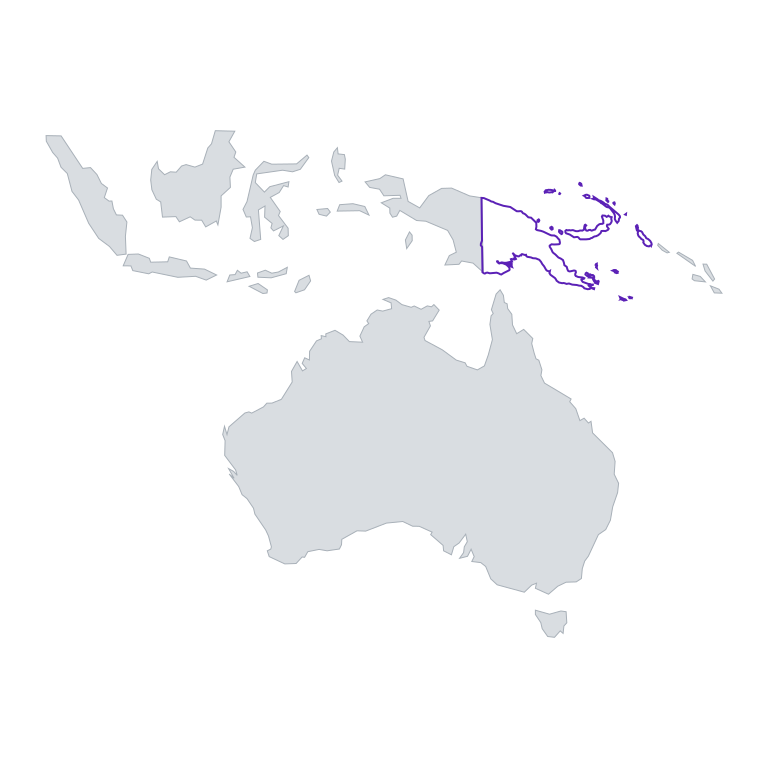 map of Papua New Guinea with Indonesia, Solomon Islands and Australia greyed out
{"feature_id": "PNG", "entity_name": "Papua New Guinea", "entity_type": "country or territory", "adm_level": 0, "iso_a3": "PNG", "parent_name": "Oceania", "parent_adm1": "", "projection": "orthographic", "projection_center": [148.76, -6.492], "detail": "fine", "context": "with_neighbors", "style": "outline", "palette": "violet", "viewbox_px": 768, "rotation_deg": 0, "n_neighbors": 3, "source": "natural_earth", "source_scale": "50m", "svg_char_len": 11537}
<svg xmlns="http://www.w3.org/2000/svg" viewBox="0 0 768 768"><path d="M481.8,197.8L483.2,272.3L473.0,263.1L461.6,261.0L459.0,264.3L444.9,265.0L449.3,255.6L456.3,252.2L453.1,239.9L447.6,230.4L425.8,221.2L416.6,220.5L399.8,210.4L396.7,216.1L392.5,217.2L389.9,213.1L389.8,208.1L381.3,202.8L393.1,198.3L401.0,198.3L400.0,195.3L383.9,195.8L379.5,189.2L369.7,187.4L365.1,181.9L379.8,178.6L385.4,174.8L403.1,178.9L408.1,201.4L419.7,207.9L428.8,195.6L441.6,188.4L451.6,188.1L469.6,195.9L481.8,197.8ZM309.0,275.3L310.6,280.9L304.5,289.8L295.9,292.8L294.6,291.5L299.1,280.3L309.0,275.3ZM406.7,248.6L405.4,240.0L409.5,231.9L412.1,235.2L412.2,240.7L406.7,248.6ZM234.8,131.2L228.9,141.8L235.8,152.0L234.0,157.3L244.9,167.1L233.2,169.2L229.9,177.1L230.4,187.4L221.1,195.9L221.1,207.2L217.9,224.9L216.3,221.0L205.7,226.9L201.7,220.2L195.0,220.1L190.2,216.8L179.4,221.8L175.9,216.6L162.5,217.1L160.7,201.9L156.3,199.2L151.9,189.8L150.7,180.0L151.8,169.4L157.2,161.4L158.5,168.8L164.6,174.7L170.4,171.8L176.2,172.2L181.6,166.0L186.1,164.6L194.9,167.1L202.6,164.1L207.8,148.0L211.5,143.8L215.3,130.7L234.8,131.2ZM352.9,203.7L364.8,206.5L369.0,215.1L359.7,210.7L337.2,211.1L339.7,204.7L352.9,203.7ZM326.5,216.1L319.1,214.3L316.9,209.5L327.6,208.5L330.3,212.1L326.5,216.1ZM337.4,147.7L338.1,153.9L344.4,154.6L345.3,159.2L344.7,169.1L339.2,168.3L337.6,175.2L342.0,181.1L339.0,182.5L334.7,175.5L331.5,161.1L333.8,152.0L337.4,147.7ZM271.8,164.2L296.6,163.9L307.0,155.1L308.8,157.6L300.3,169.3L292.5,171.8L282.6,170.2L256.7,173.9L255.3,182.6L264.4,192.1L269.8,186.7L288.9,181.7L288.1,187.0L283.6,185.6L279.2,192.5L270.3,197.4L280.2,211.5L278.5,215.5L288.1,228.2L288.3,235.7L283.0,239.4L278.8,235.6L283.4,225.9L273.5,230.9L270.9,227.9L272.1,223.4L264.6,217.2L265.0,206.0L258.4,209.9L260.7,239.4L254.4,241.5L250.0,238.4L252.4,227.7L250.5,216.8L246.3,217.0L243.0,209.4L247.0,201.6L253.2,175.0L255.3,170.2L263.9,161.3L271.8,164.2ZM262.9,293.5L249.1,286.3L258.1,283.5L267.4,289.9L267.0,293.0L262.9,293.5ZM271.8,273.2L278.4,272.0L287.3,267.3L286.2,273.7L271.2,277.8L257.9,277.2L257.5,273.0L265.3,270.2L271.8,273.2ZM241.1,273.2L247.1,271.8L249.9,276.5L227.1,281.8L229.8,275.0L235.1,274.6L237.4,270.3L241.1,273.2ZM149.3,258.3L150.7,262.2L167.7,261.8L169.3,256.9L186.5,261.0L190.4,268.1L204.5,269.1L216.6,275.0L206.2,280.1L195.6,276.3L177.8,277.3L152.2,272.0L148.7,273.8L132.8,270.6L130.9,265.9L123.2,265.8L128.1,254.4L138.4,254.0L149.3,258.3ZM111.9,201.0L113.4,208.8L116.4,214.9L122.5,215.2L126.9,222.0L125.4,236.4L126.1,254.1L117.0,255.3L109.5,246.5L98.7,238.4L88.7,223.3L78.6,200.0L72.0,191.4L67.3,173.5L61.0,167.2L57.6,158.1L52.7,152.5L46.3,141.2L46.1,135.6L61.1,135.9L82.7,168.4L90.5,167.6L96.9,174.5L101.4,183.5L107.5,188.0L104.3,197.6L109.0,201.1L111.9,201.0Z" fill="#d9dde1" stroke="#a8b0b8" stroke-width="1"/><path d="M719.0,289.2L721.9,293.2L714.3,292.9L710.4,285.8L719.0,289.2ZM714.6,279.0L712.9,281.1L705.1,271.0L703.0,264.1L706.7,264.2L714.6,279.0ZM705.4,281.9L694.4,280.7L692.1,278.9L692.9,274.4L700.2,276.4L705.4,281.9ZM692.6,260.4L695.6,266.4L676.9,253.3L678.5,252.1L692.6,260.4ZM658.3,243.5L669.3,252.3L667.1,252.9L662.2,250.2L657.7,245.4L658.3,243.5Z" fill="#d9dde1" stroke="#a8b0b8" stroke-width="1"/><path d="M560.9,611.0L566.1,611.7L566.8,622.8L563.9,626.0L563.1,633.4L560.2,630.9L554.5,637.3L547.7,636.5L542.2,628.7L540.8,622.6L535.4,614.5L535.4,610.2L549.5,614.2L560.9,611.0ZM357.0,530.8L341.8,539.3L341.5,544.7L339.4,549.0L327.1,550.8L319.1,549.4L307.8,551.7L304.6,557.3L302.1,557.0L296.1,563.5L284.8,563.9L269.2,556.6L267.3,550.8L270.8,549.1L271.4,546.8L268.5,536.0L265.7,530.0L254.9,514.1L253.5,508.2L247.0,498.6L242.1,494.7L238.7,486.5L229.2,474.0L234.1,478.3L228.6,468.6L233.6,471.4L237.2,475.4L235.6,469.9L224.7,455.4L225.1,440.7L222.7,434.5L224.5,426.3L227.0,434.6L229.0,426.8L244.9,413.0L248.9,411.9L251.7,413.1L263.5,406.9L266.8,403.2L272.0,403.1L281.4,399.3L292.2,382.0L291.5,371.4L297.1,361.5L302.5,370.9L306.4,368.5L302.2,363.4L304.7,357.8L309.4,360.0L309.6,351.3L316.5,340.9L321.4,338.8L321.2,335.6L325.9,336.7L325.8,333.9L335.0,330.3L343.1,335.1L349.4,341.6L362.6,342.2L359.9,336.1L364.2,326.8L368.7,323.6L366.9,320.9L371.0,314.2L377.2,310.0L382.7,311.1L391.6,308.7L391.1,302.9L383.0,299.4L388.6,297.6L395.9,300.1L401.9,304.6L411.2,307.3L414.2,306.0L421.1,309.3L427.3,305.9L431.5,306.8L433.9,304.6L439.2,310.1L432.6,320.9L428.9,321.4L430.4,325.9L424.0,337.3L425.0,340.5L442.4,349.9L456.3,360.1L465.1,362.8L467.0,366.3L477.4,369.9L484.4,365.9L488.3,354.9L492.4,339.6L489.9,324.4L491.1,315.8L493.2,313.5L491.4,309.7L496.1,294.1L500.1,289.8L503.4,295.3L504.3,302.5L507.1,303.8L507.7,308.6L511.8,314.3L512.5,324.9L516.7,333.7L523.7,329.4L532.8,338.5L531.7,343.5L534.2,353.2L536.0,358.8L538.8,360.2L541.9,369.8L540.9,375.6L544.5,383.1L571.1,399.0L569.7,401.7L575.8,408.7L579.9,420.6L584.1,418.2L588.4,423.0L591.0,421.3L592.6,432.9L612.5,452.7L615.1,461.4L614.2,474.2L618.6,483.3L617.6,492.6L612.7,506.8L610.4,520.2L605.7,529.6L598.4,534.6L588.4,556.1L584.7,561.1L582.3,568.6L581.4,578.5L576.2,581.9L566.1,582.2L557.8,586.2L548.5,594.2L535.4,588.3L536.5,583.2L531.7,585.1L524.3,592.2L497.2,584.8L490.8,578.9L485.7,566.5L480.8,562.6L471.8,561.5L474.2,556.6L471.1,549.2L467.5,556.3L459.6,558.3L463.6,552.6L464.3,546.8L467.3,541.7L465.7,534.2L459.1,543.0L453.8,546.7L451.4,554.8L443.6,550.8L443.1,545.4L430.7,534.6L432.1,532.1L419.2,526.3L412.6,526.2L402.8,521.5L386.4,523.1L365.7,531.1L357.0,530.8Z" fill="#d9dde1" stroke="#a8b0b8" stroke-width="1"/><path d="M482.5,272.3L482.1,247.0L480.8,245.2L480.9,243.7L482.0,240.6L481.5,197.9L483.9,198.1L489.6,200.5L491.3,201.5L493.0,201.8L495.5,203.2L503.4,205.8L510.3,207.0L516.7,211.2L518.7,211.3L520.2,211.1L521.3,211.3L521.9,211.7L522.2,212.3L523.1,213.3L524.3,213.7L525.5,214.5L528.3,217.3L531.1,217.7L536.1,222.6L536.3,223.4L536.4,226.7L535.9,229.3L537.1,230.1L541.1,230.9L543.4,231.7L550.5,235.1L551.5,235.4L554.4,235.5L556.6,236.7L558.5,239.0L559.3,239.6L559.9,242.3L559.8,243.6L559.4,244.1L558.2,244.3L554.2,244.5L551.5,244.3L549.7,245.6L549.7,246.7L551.4,249.4L552.4,251.8L553.2,252.8L555.4,254.5L558.4,257.5L560.8,258.6L563.0,260.1L563.9,262.7L564.4,265.2L566.7,266.8L567.5,269.6L568.2,270.9L569.3,271.4L570.5,271.3L574.0,270.5L575.1,270.7L575.7,271.1L575.9,272.4L575.3,273.7L575.2,275.0L575.8,276.0L578.2,277.0L582.6,277.5L584.3,278.2L584.0,278.7L581.4,279.5L581.5,280.2L582.7,281.9L588.2,283.9L590.2,284.1L591.6,284.7L593.7,284.5L591.3,285.6L589.1,285.3L588.7,285.6L589.6,286.6L591.4,287.7L591.1,288.1L589.5,289.0L587.7,289.2L584.3,288.3L583.5,287.2L581.3,285.8L579.0,285.6L576.8,285.0L572.2,284.6L569.0,283.5L566.5,283.9L564.6,283.2L563.3,283.0L562.2,283.2L559.0,282.5L556.6,280.7L555.9,279.3L554.9,278.0L550.5,274.8L549.5,273.2L549.9,271.0L549.3,271.4L548.7,271.3L546.9,270.6L546.1,269.8L544.1,266.3L542.3,264.1L541.0,261.8L539.3,259.8L535.8,258.4L532.9,258.2L530.9,257.4L527.3,256.8L526.3,256.0L526.0,254.8L525.0,255.0L522.0,254.1L521.4,254.5L521.2,255.4L520.3,255.3L518.8,256.4L517.9,256.3L515.1,255.4L513.1,253.4L512.4,253.0L513.4,254.0L515.7,258.5L514.5,258.5L515.1,259.3L514.4,259.5L511.3,259.0L510.9,259.2L512.0,261.5L506.2,262.8L504.0,262.8L501.8,262.4L499.7,263.0L498.9,262.9L497.7,261.2L496.2,261.6L497.5,261.6L498.2,262.9L499.2,263.5L500.3,263.1L502.8,263.2L506.4,264.7L508.6,266.8L509.4,267.9L509.6,269.6L509.3,270.2L503.7,273.0L501.3,274.5L500.1,274.2L498.5,273.3L496.6,272.7L489.8,273.3L487.4,272.6L486.1,272.8L485.3,273.4L484.3,273.5L482.5,272.3ZM605.0,215.7L606.7,216.9L608.4,215.7L609.3,216.5L611.7,217.2L611.2,218.9L611.7,220.5L611.6,221.6L611.1,222.7L610.0,224.2L609.0,224.6L607.2,224.7L606.9,225.5L607.0,226.4L608.7,228.8L607.9,229.9L605.5,231.1L603.6,230.9L601.5,231.0L600.5,233.2L598.2,235.2L596.1,236.2L594.7,236.4L593.5,236.9L592.3,237.8L590.9,238.2L589.6,239.0L586.4,239.3L580.3,239.3L579.7,239.0L578.4,237.4L577.2,236.9L574.0,237.3L569.7,234.5L566.1,233.3L565.4,232.2L565.4,230.8L566.4,230.0L567.9,230.4L569.1,230.1L570.4,230.4L572.9,230.1L575.7,231.1L577.0,231.2L578.3,231.1L580.1,230.5L582.4,230.6L583.9,229.7L584.4,226.2L584.8,225.0L585.3,224.7L586.2,225.4L585.2,226.7L585.1,228.1L585.5,229.5L586.4,230.6L587.7,230.7L588.9,230.0L590.2,229.9L591.4,230.6L592.6,230.4L593.2,230.0L594.5,229.7L595.1,229.5L597.2,225.9L599.4,224.2L600.7,223.9L602.2,223.9L603.3,223.3L603.3,220.5L601.9,216.6L602.5,215.5L605.0,215.7ZM651.7,244.4L651.2,245.7L651.0,245.3L650.0,245.7L649.0,246.4L646.8,246.0L644.8,244.7L643.3,242.5L643.6,241.2L643.2,240.0L641.1,238.8L640.3,237.6L639.5,237.1L638.3,235.6L637.7,233.5L638.1,231.2L638.0,230.0L639.6,230.9L641.0,231.2L642.1,232.1L643.3,234.5L645.2,236.2L646.3,238.2L648.2,239.1L650.2,240.9L651.4,243.0L651.7,244.4ZM618.7,221.0L617.2,222.8L615.5,220.6L614.8,219.0L615.0,216.5L614.7,214.8L613.9,213.2L610.3,208.5L609.3,207.6L606.8,207.0L605.8,206.4L602.3,203.6L601.0,203.0L600.4,202.2L596.5,199.8L595.4,199.3L594.0,199.3L592.8,198.8L593.8,198.5L594.0,197.7L593.8,196.9L597.7,199.4L598.3,200.3L599.3,200.4L601.2,201.1L603.6,202.6L604.9,203.8L607.5,204.7L609.2,206.5L618.7,214.6L619.9,216.2L620.0,217.4L619.0,218.8L618.7,221.0ZM550.8,189.9L554.6,190.6L554.9,190.6L554.9,190.3L555.1,190.5L555.1,191.0L553.9,191.1L552.4,192.4L551.7,192.2L549.2,192.5L547.2,192.1L546.6,192.4L545.9,192.3L544.9,192.7L544.7,191.8L545.6,191.5L545.4,190.6L546.1,190.1L547.3,190.1L548.4,189.8L550.8,189.9ZM590.1,274.3L591.7,275.2L592.6,275.0L593.0,275.1L594.1,276.2L594.2,278.0L593.7,278.4L593.7,277.9L593.3,277.8L589.1,277.5L589.9,276.5L589.1,275.3L589.1,274.4L590.1,274.3ZM589.3,197.9L587.0,198.0L586.2,197.9L584.8,196.2L583.9,195.7L585.5,194.9L586.9,194.7L589.2,195.7L589.5,196.5L589.3,197.9ZM596.3,282.0L596.8,282.0L597.6,281.2L598.3,280.9L598.7,281.3L598.0,284.0L594.9,282.8L594.9,281.8L594.2,281.4L593.0,279.2L592.9,278.4L593.9,279.5L596.0,281.1L595.9,281.6L596.3,282.0ZM613.9,270.0L615.9,270.1L616.3,270.8L617.5,271.3L617.9,271.7L617.5,272.4L617.6,272.9L616.5,273.1L614.8,272.4L614.7,271.9L613.9,271.1L612.6,270.6L613.9,270.0ZM623.6,298.8L625.5,299.4L626.1,300.1L623.8,300.6L623.4,300.2L621.9,299.7L621.6,299.0L620.8,299.2L621.2,298.7L620.3,298.1L619.9,297.0L623.6,298.8ZM561.8,234.0L561.4,234.1L561.2,233.6L560.1,233.1L559.0,231.8L559.2,230.2L559.8,230.2L562.1,231.6L562.4,232.0L562.2,233.3L561.8,234.0ZM588.3,274.9L587.9,276.3L587.2,276.0L585.4,274.5L585.7,273.3L586.5,272.7L587.8,273.3L588.3,274.9ZM637.7,229.3L636.8,230.0L636.4,228.5L635.9,226.2L637.0,225.1L637.5,225.6L637.6,226.6L638.0,227.5L637.7,229.3ZM552.1,229.5L551.5,229.6L550.2,228.1L550.3,227.5L551.6,226.8L552.5,227.5L552.7,229.0L552.1,229.5ZM581.2,183.8L581.6,185.6L580.6,185.5L579.2,184.3L579.2,183.6L579.6,182.9L580.1,183.0L581.2,183.8ZM538.9,221.5L538.2,221.9L537.6,221.6L537.4,220.9L537.6,220.1L538.7,219.4L539.1,219.8L539.3,220.5L538.9,221.5ZM596.7,267.3L596.9,268.1L596.0,267.3L596.4,265.4L595.6,264.9L596.0,264.1L596.8,263.7L596.8,264.9L597.1,265.4L596.7,267.3ZM511.8,266.4L512.0,266.9L510.4,266.2L508.0,264.8L507.4,264.1L510.1,265.1L511.8,266.4ZM511.7,264.7L511.2,264.7L509.2,264.0L508.7,263.4L511.7,263.6L511.7,264.7ZM632.0,297.6L631.8,298.2L631.4,298.0L630.2,298.3L629.5,298.2L629.1,297.4L630.1,297.6L630.0,297.0L632.0,297.6ZM614.8,203.4L614.5,204.4L613.8,203.8L613.3,203.0L613.6,202.6L614.4,202.4L614.8,203.4ZM608.3,201.2L608.2,201.8L607.8,201.8L606.6,200.4L606.9,200.1L608.3,201.2ZM594.2,288.2L594.0,289.1L592.9,288.7L593.1,288.1L594.2,288.2ZM607.3,199.7L606.4,199.9L606.5,198.5L607.2,198.8L607.3,199.7ZM560.1,193.5L559.7,194.1L558.5,193.9L559.1,193.8L559.6,193.1L560.1,193.5ZM626.0,213.9L625.9,214.8L625.2,214.5L626.0,213.9Z" fill="none" stroke="#5b21b6" stroke-width="2"/></svg>